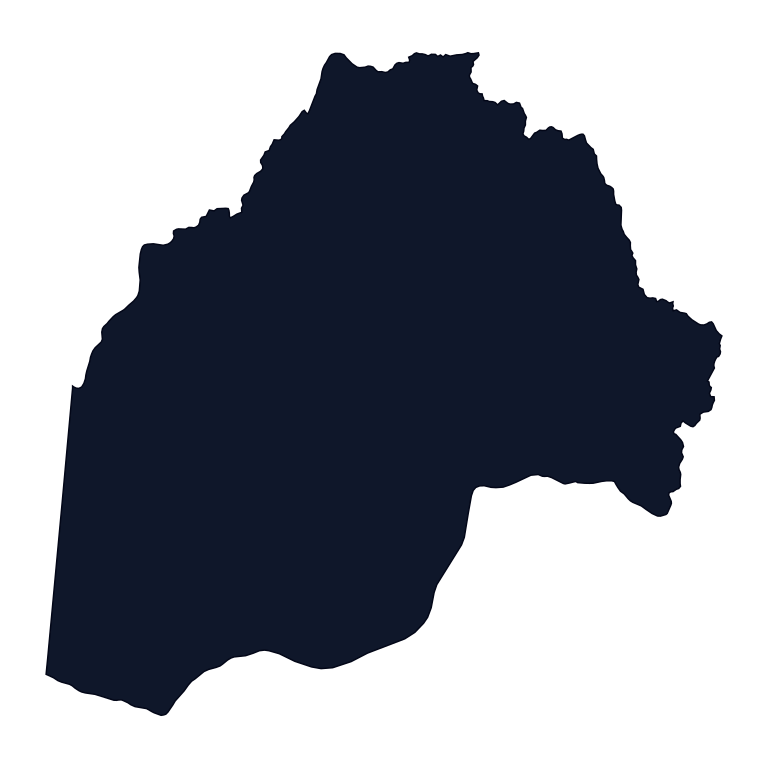 outline of Casa Nova, Bahia, Brazil
{"feature_id": "56859067B17018387686030", "entity_name": "Casa Nova", "entity_type": "district", "adm_level": 2, "iso_a3": "BRA", "parent_name": "Brazil", "parent_adm1": "Bahia", "projection": "robinson", "projection_center": [-41.193, -9.237], "detail": "fine", "context": "isolated", "style": "filled", "palette": "ink", "viewbox_px": 768, "rotation_deg": 0, "n_neighbors": 0, "source": "geoboundaries", "source_scale": "gbopen_adm2", "svg_char_len": 6026}
<svg xmlns="http://www.w3.org/2000/svg" viewBox="0 0 768 768"><path d="M72.6,386.1L72.6,388.1L61.8,506.6L47.7,658.2L46.1,674.3L53.5,677.7L57.9,680.6L61.6,682.1L69.6,684.3L72.3,685.8L75.3,688.3L79.0,690.7L81.5,691.9L85.3,692.9L95.0,694.3L113.8,700.2L116.5,700.3L118.4,700.0L121.2,699.8L123.1,700.5L127.9,702.7L130.8,704.7L135.0,706.6L146.6,708.6L152.2,711.8L154.2,712.8L161.1,715.3L163.7,714.9L165.8,714.2L167.9,712.1L172.7,705.1L175.2,700.9L184.1,690.9L188.3,685.0L191.6,681.2L195.1,678.8L204.0,671.5L208.7,669.4L216.1,667.4L220.1,665.9L222.6,664.1L227.6,660.0L231.0,658.0L234.1,656.9L245.6,655.7L253.2,653.2L259.4,650.7L264.5,650.1L268.9,650.7L279.3,653.7L294.8,661.3L311.5,666.9L321.1,668.6L332.7,667.7L351.1,661.6L367.5,653.1L404.8,638.8L414.9,632.3L423.6,623.2L427.6,617.3L431.2,607.7L434.1,592.5L436.8,584.6L461.5,544.9L464.3,537.4L468.3,513.0L471.4,495.7L473.2,490.4L475.8,487.4L479.6,485.9L484.2,485.7L491.0,487.3L495.9,487.6L503.2,487.1L509.6,484.9L515.8,482.3L530.9,475.2L538.3,474.5L542.3,476.2L544.4,476.4L547.6,476.2L551.7,477.6L563.4,483.5L565.1,483.9L569.5,483.0L574.1,481.8L576.0,481.5L577.6,482.6L584.7,483.2L589.6,483.3L593.2,483.2L601.6,481.4L606.4,480.8L611.9,480.8L614.5,481.5L615.9,484.2L617.9,487.5L620.5,491.2L624.2,493.9L628.3,498.8L630.4,500.8L632.8,502.3L641.3,505.9L646.2,509.5L652.1,513.5L657.5,516.0L660.5,516.1L665.9,514.5L667.2,513.4L670.8,505.2L671.4,503.3L671.2,501.3L668.6,495.1L669.0,492.9L670.7,491.8L673.0,491.6L676.3,489.3L678.7,488.5L680.5,486.3L680.1,483.5L680.1,479.6L680.7,474.5L680.3,472.4L679.0,469.6L678.6,467.1L679.7,463.4L682.3,459.3L683.2,456.8L681.5,452.7L681.8,449.8L683.5,446.5L682.5,442.5L680.9,440.0L675.8,434.4L673.9,433.7L673.4,431.7L674.6,429.4L675.8,428.0L680.3,426.3L681.0,423.1L683.0,420.9L685.4,422.9L690.8,426.2L693.0,426.7L694.8,425.5L696.4,423.3L699.7,420.1L700.1,418.2L699.8,414.3L703.3,412.1L708.3,411.4L711.0,409.6L711.8,407.5L712.3,405.0L713.2,402.7L714.4,400.4L714.1,396.8L710.6,396.6L709.4,393.2L710.9,389.9L711.3,387.5L709.8,386.4L709.2,384.7L709.0,382.0L707.4,381.0L714.4,368.0L713.8,365.9L713.9,363.8L714.7,361.1L715.9,358.6L717.0,356.9L718.6,356.4L720.1,353.9L720.5,351.7L719.6,349.0L720.2,345.5L719.3,343.7L720.6,339.1L721.9,335.9L719.2,333.9L716.3,330.6L713.2,323.8L711.6,321.9L709.3,322.3L706.9,323.9L704.0,325.0L700.7,324.9L698.6,324.1L691.8,319.7L687.8,316.0L686.3,313.7L684.7,313.2L680.0,312.4L676.5,309.9L673.2,310.8L672.5,308.1L673.3,306.0L672.7,303.7L673.0,301.8L669.5,303.0L667.6,302.0L666.1,300.7L662.4,299.2L660.4,299.6L658.3,301.4L656.6,301.5L655.6,298.5L652.8,297.9L650.0,298.2L647.1,297.7L644.3,294.4L643.0,289.3L638.7,287.1L637.8,284.5L638.9,279.5L637.8,277.2L636.4,275.1L636.1,272.2L636.8,268.9L635.5,264.9L635.5,260.6L633.0,257.7L631.9,255.5L632.8,253.1L631.7,251.2L630.6,249.6L630.3,245.6L630.4,242.5L629.2,240.1L626.6,237.3L624.2,234.3L623.2,231.3L622.2,229.6L621.5,227.4L620.9,225.1L621.5,210.2L621.2,207.4L619.0,205.1L617.3,205.0L615.8,204.3L614.8,201.0L613.6,194.4L613.6,191.1L613.2,189.0L611.7,187.5L609.7,186.2L606.6,185.2L604.8,183.4L604.4,180.3L603.7,177.4L602.7,175.9L600.8,173.8L598.0,168.2L597.0,163.7L596.6,159.4L596.5,156.0L594.3,153.9L593.2,149.3L590.9,147.6L586.5,143.0L585.5,139.9L584.4,135.8L583.0,134.2L581.5,134.2L579.8,134.6L577.8,135.4L568.8,140.1L566.5,139.3L564.8,139.5L562.4,138.2L562.0,133.8L561.0,131.1L558.0,130.7L555.5,129.8L553.1,127.5L551.5,126.8L549.8,127.0L548.4,127.9L546.0,130.4L542.3,130.5L539.8,130.2L536.7,132.3L534.6,133.1L530.6,138.5L528.8,139.4L526.5,137.2L524.1,135.9L522.9,133.9L523.7,131.2L524.0,128.1L525.4,125.0L525.4,121.1L526.4,117.4L525.3,115.1L524.3,113.6L522.5,108.4L521.1,107.4L519.5,103.1L516.4,102.4L513.5,104.0L510.0,104.1L507.9,103.4L504.2,100.5L501.4,101.3L497.6,104.9L495.1,102.5L492.7,101.7L489.3,101.5L487.3,100.7L484.1,100.6L483.4,97.9L482.6,96.3L482.1,93.9L479.8,93.8L478.1,92.8L476.7,90.0L477.6,86.0L475.6,84.4L472.5,83.3L470.7,79.1L469.5,77.1L469.4,75.1L471.1,72.0L471.0,67.5L472.7,66.2L473.5,64.6L473.0,61.5L477.3,57.7L479.0,55.1L478.4,52.8L473.6,53.6L470.9,53.7L467.8,52.7L465.7,53.6L462.3,54.5L456.5,54.9L450.1,56.2L445.7,54.6L443.1,57.0L440.5,55.0L437.7,56.5L435.4,54.4L431.3,54.3L429.4,55.4L427.9,55.9L425.3,54.6L422.3,53.9L419.5,53.9L416.4,52.9L414.4,53.7L412.2,55.7L408.7,57.2L409.7,60.1L409.1,62.3L405.6,62.4L403.1,63.3L399.0,62.6L396.8,63.3L395.0,64.9L392.8,68.9L390.3,69.8L387.8,72.0L385.3,72.5L381.8,71.7L378.0,71.8L376.2,70.5L373.1,67.1L370.5,66.3L368.1,66.1L365.1,67.2L359.6,67.7L357.1,67.2L352.1,63.8L346.2,57.8L344.0,54.8L340.2,53.5L335.2,53.4L331.6,54.6L329.6,56.6L326.4,62.5L324.5,65.2L323.0,68.5L322.1,71.5L321.0,78.9L317.1,89.6L316.4,93.8L315.0,96.3L309.4,110.8L307.9,113.8L306.5,113.2L304.3,110.3L302.2,111.6L299.0,116.5L296.7,119.1L294.3,121.8L290.3,125.3L288.9,127.7L285.7,131.7L284.4,133.9L281.9,136.6L281.8,138.7L280.4,139.8L278.7,140.2L274.1,139.8L272.2,144.3L270.5,146.6L269.2,150.5L265.2,151.9L263.9,155.3L260.6,160.0L260.7,162.5L262.3,165.0L262.8,167.1L262.6,169.1L260.6,171.3L256.8,173.5L254.7,175.5L254.0,177.4L254.2,179.8L253.7,182.1L251.4,186.4L249.4,191.6L248.2,192.9L243.9,195.2L242.0,198.0L241.6,200.3L243.1,205.2L241.5,208.2L241.8,212.3L236.9,214.1L233.4,216.3L230.3,217.9L229.4,216.3L229.3,213.0L228.9,210.4L228.2,208.6L225.9,208.3L217.1,208.7L214.1,210.9L209.4,210.0L206.2,216.4L201.6,217.3L200.2,219.2L199.8,222.3L198.6,225.2L196.2,227.0L194.0,227.8L191.5,227.5L188.8,227.4L185.6,229.2L178.4,228.9L176.5,229.3L173.6,231.0L173.4,233.5L174.2,236.0L173.6,238.7L171.7,241.4L170.0,242.9L167.8,244.2L163.2,245.3L153.4,243.8L147.5,244.2L144.3,245.0L142.6,246.7L141.4,249.5L140.3,253.9L139.1,265.3L138.9,267.5L139.2,272.0L140.2,280.0L139.3,291.1L137.9,295.5L136.6,297.6L133.6,301.1L128.8,305.2L124.9,309.0L123.5,310.1L115.6,314.7L113.2,316.7L108.9,321.3L107.2,323.5L103.9,326.5L102.5,328.6L101.8,332.1L102.4,339.2L101.3,342.0L95.2,347.7L92.9,351.0L91.6,354.1L90.5,357.3L89.8,361.3L86.8,371.0L85.9,375.0L85.4,378.9L83.9,383.4L81.7,387.0L78.9,388.4L76.3,388.2L74.0,387.1L72.6,386.1Z" fill="#0f172a" stroke="#020617" stroke-width="1.5"/></svg>